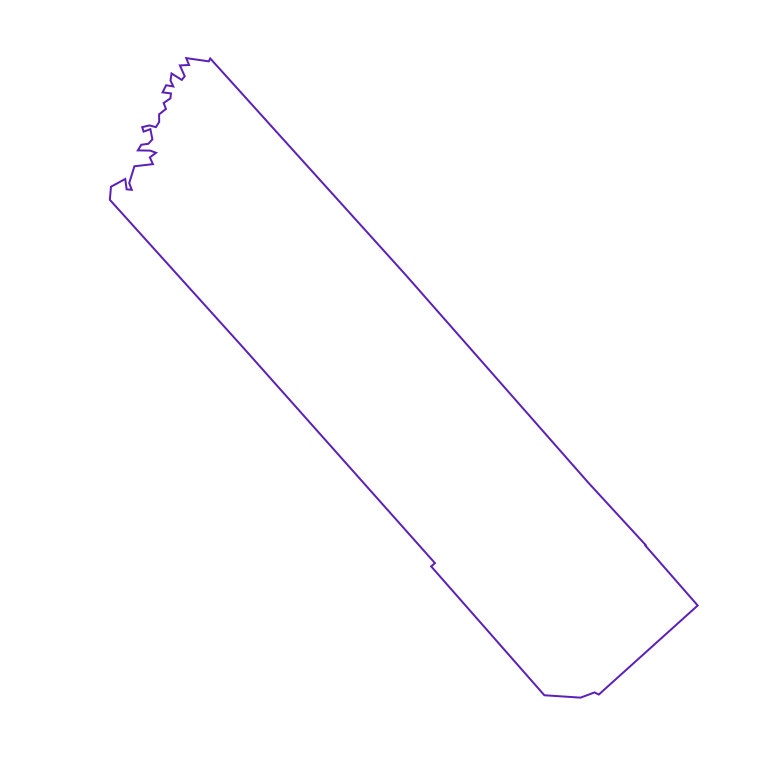 the district of Wayne, Utah, United States of America, rotated 228°
{"feature_id": "52423323B53425480585929", "entity_name": "Wayne", "entity_type": "district", "adm_level": 2, "iso_a3": "USA", "parent_name": "United States of America", "parent_adm1": "Utah", "projection": "albers", "projection_center": [-110.379, 38.33], "detail": "fine", "context": "isolated", "style": "outline", "palette": "violet", "viewbox_px": 768, "rotation_deg": 228, "n_neighbors": 0, "source": "geoboundaries", "source_scale": "gbopen_adm2", "svg_char_len": 778}
<svg xmlns="http://www.w3.org/2000/svg" viewBox="0 0 768 768"><g transform="rotate(228 384 384)"><path d="M9.5,468.9L89.1,470.1L89.1,470.7L173.7,469.8L451.7,473.1L742.2,472.7L741.0,469.7L758.5,455.1L751.5,452.6L757.3,445.5L746.0,441.8L745.3,437.2L756.9,433.9L752.4,428.4L746.1,426.5L751.8,422.0L748.9,414.6L742.5,420.1L739.2,416.4L740.3,408.3L734.3,406.0L734.9,397.3L729.2,392.3L727.5,386.4L733.1,382.7L736.7,376.2L732.4,374.2L729.7,380.9L720.8,375.6L720.2,369.6L724.2,363.7L722.3,357.4L713.9,366.4L708.4,369.3L709.1,361.6L702.0,359.4L712.8,344.2L703.8,329.1L697.1,326.5L700.9,323.0L709.5,328.9L713.3,313.1L704.3,303.5L506.1,303.7L216.8,302.0L216.9,297.0L45.4,294.9L41.5,298.7L19.4,320.2L13.9,334.1L9.5,335.8L9.5,468.9Z" fill="none" stroke="#5b21b6" stroke-width="2"/></g></svg>